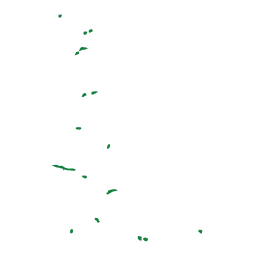 Kepulauan Seribu, Indonesia (Albers equal-area conic projection)
{"feature_id": "22746128B63742079715926", "entity_name": "Kepulauan Seribu", "entity_type": "district", "adm_level": 2, "iso_a3": "IDN", "parent_name": "Indonesia", "parent_adm1": "", "projection": "albers", "projection_center": [106.577, -5.612], "detail": "medium", "context": "isolated", "style": "filled", "palette": "green", "viewbox_px": 256, "rotation_deg": 0, "n_neighbors": 0, "source": "geoboundaries", "source_scale": "gbopen_adm2", "svg_char_len": 1782}
<svg xmlns="http://www.w3.org/2000/svg" viewBox="0 0 256 256"><path d="M59.6,166.7L55.9,165.5L54.4,165.7L56.8,166.7L58.7,166.9L63.5,168.2L63.7,168.7L63.8,168.4L65.5,169.1L67.7,169.5L67.4,169.1L65.2,168.6L61.9,166.5L59.6,166.7ZM114.9,189.9L111.8,190.2L111.3,190.5L108.9,191.0L108.3,192.6L106.8,193.9L108.0,193.5L112.2,191.0L115.6,190.2L114.9,189.9ZM140.9,237.3L138.6,236.8L138.4,237.4L138.7,238.5L139.5,239.5L140.8,239.8L140.9,237.3ZM82.7,47.7L81.7,47.8L80.5,49.2L80.2,50.0L82.9,49.0L84.9,49.0L85.1,48.6L85.9,48.3L84.9,48.0L83.7,48.2L82.7,47.7ZM145.4,238.3L144.3,238.5L143.8,239.0L144.8,239.7L145.0,240.2L145.5,240.1L146.3,240.6L147.0,239.9L147.2,239.1L145.4,238.3ZM92.9,93.9L94.5,92.9L95.6,92.6L96.2,92.1L95.2,92.0L92.4,92.4L92.1,93.6L92.9,93.9ZM96.8,218.7L95.6,218.6L95.5,219.2L97.2,220.4L98.1,222.0L98.8,221.4L98.2,221.1L97.7,219.9L97.8,219.3L96.8,218.7ZM201.0,230.6L199.4,230.5L199.1,231.2L201.1,232.7L201.6,231.1L201.0,230.6ZM85.8,176.4L82.4,176.3L84.9,177.6L85.8,177.6L86.2,177.1L85.8,176.4ZM83.2,96.3L83.5,95.7L85.6,94.9L85.5,94.3L85.0,93.8L84.3,93.9L83.3,94.9L82.7,96.2L83.2,96.3ZM72.6,169.2L69.5,169.3L70.0,169.6L72.0,169.9L75.3,169.9L72.6,169.2ZM85.7,32.2L84.4,32.4L84.2,33.5L84.4,33.9L85.0,34.1L85.8,33.7L86.4,32.4L85.7,32.2ZM92.3,30.6L91.3,29.9L90.3,30.3L89.6,30.7L89.5,31.5L89.8,31.9L90.3,31.8L91.9,30.8L91.9,30.5L92.3,30.6ZM72.0,232.3L72.3,230.2L71.6,229.9L71.0,230.5L70.8,232.3L71.1,232.6L72.0,232.3ZM80.3,128.0L77.0,127.9L76.6,128.3L77.0,128.7L79.1,128.9L79.9,128.8L80.5,128.3L80.3,128.0ZM107.9,148.0L108.7,147.3L109.3,146.1L109.2,145.0L108.7,145.1L108.3,145.8L107.6,147.7L107.9,148.0ZM78.3,52.3L76.6,52.8L76.0,54.2L77.9,53.5L78.4,53.0L78.3,52.3ZM59.9,17.0L60.8,16.1L61.0,15.4L59.3,15.4L59.2,16.5L59.9,17.0Z" fill="#22c55e" stroke="#15803d" stroke-width="1.5"/></svg>